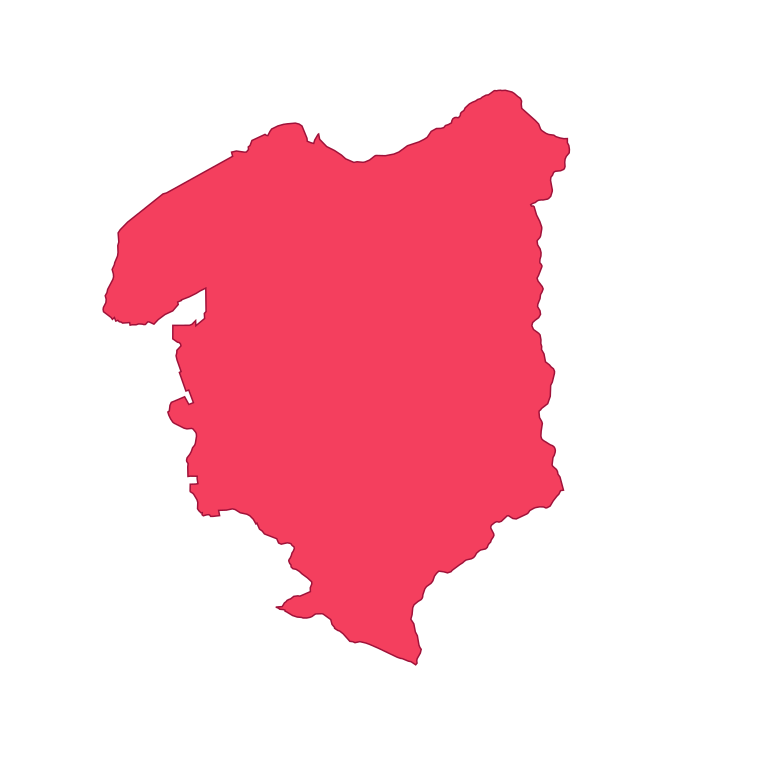 Borod, Bihor, Romania, rotated 73°
{"feature_id": "2599482B12708100552042", "entity_name": "Borod", "entity_type": "district", "adm_level": 2, "iso_a3": "ROU", "parent_name": "Romania", "parent_adm1": "Bihor", "projection": "mercator", "projection_center": [22.631, 47.019], "detail": "fine", "context": "isolated", "style": "filled", "palette": "rose", "viewbox_px": 768, "rotation_deg": 73, "n_neighbors": 0, "source": "geoboundaries", "source_scale": "gbopen_adm2", "svg_char_len": 6158}
<svg xmlns="http://www.w3.org/2000/svg" viewBox="0 0 768 768"><g transform="rotate(73 384 384)"><path d="M218.1,624.8L221.7,624.9L224.9,626.2L228.7,629.9L230.5,630.8L232.9,631.1L240.5,625.6L242.8,624.8L241.6,622.4L245.4,622.1L245.3,619.9L247.1,618.9L248.0,617.2L249.3,616.2L250.9,609.3L253.5,609.6L253.7,607.6L254.9,603.7L254.8,601.0L256.1,597.6L257.0,596.2L257.3,594.7L255.6,591.9L255.9,590.5L259.5,586.5L256.4,581.1L253.5,573.1L252.3,564.6L247.8,557.5L245.3,557.4L244.9,553.3L244.3,553.2L243.7,544.8L242.4,537.1L241.2,532.6L240.2,526.4L262.7,533.0L264.0,535.2L268.9,536.4L273.3,546.9L268.3,545.6L270.8,550.3L271.0,552.8L266.2,568.8L279.1,572.8L283.6,569.3L284.6,567.6L286.1,566.9L288.2,567.0L291.2,572.2L293.7,573.1L296.2,574.6L300.5,574.9L312.8,574.4L313.1,576.3L332.8,575.5L332.7,572.5L346.1,571.7L346.5,576.6L337.9,578.4L339.4,592.8L341.8,594.9L347.0,597.2L347.6,598.9L350.8,598.9L354.9,598.3L358.8,597.1L360.3,596.0L367.8,588.1L369.3,585.6L370.2,581.0L371.0,579.9L374.8,578.3L376.6,578.0L379.2,578.6L385.5,581.7L387.1,582.9L389.0,585.7L392.2,588.0L394.5,590.3L397.0,593.9L399.1,595.1L400.4,595.3L402.8,594.6L405.9,595.9L415.1,598.5L415.5,596.1L417.6,589.6L420.0,590.4L424.9,591.1L424.6,593.5L423.2,598.6L429.6,600.7L430.4,600.7L432.6,598.8L433.9,598.2L440.0,596.7L442.8,596.7L448.8,598.8L451.1,598.1L453.8,596.6L453.9,595.4L455.8,596.2L457.2,595.3L457.3,591.6L457.7,589.9L458.3,589.0L459.9,588.5L460.6,586.2L461.8,579.7L456.5,579.1L458.5,571.6L459.1,565.5L460.5,563.1L465.1,559.1L468.5,553.1L470.8,550.8L475.2,548.5L480.4,547.4L479.9,546.2L486.3,545.5L489.1,543.4L492.4,542.2L500.6,531.8L505.2,531.3L507.1,529.1L507.6,522.9L508.7,520.8L509.5,519.7L511.5,519.1L513.4,517.7L515.2,517.9L517.5,519.8L518.6,521.3L521.1,522.9L523.3,524.9L523.9,525.9L525.0,526.7L526.0,526.8L528.1,526.6L529.7,525.9L531.8,526.3L534.0,525.1L535.5,522.3L538.5,519.7L541.5,518.0L547.0,513.9L552.0,511.0L554.1,511.5L557.3,514.1L561.0,515.1L562.3,526.4L561.4,528.3L560.7,532.4L562.2,536.2L562.2,537.9L562.6,540.0L563.5,541.2L564.2,543.2L567.1,546.4L565.7,552.7L567.6,550.4L568.9,549.6L570.4,546.0L571.4,544.8L572.4,545.0L573.2,544.0L578.7,539.1L581.5,535.1L583.1,531.1L584.1,529.8L585.2,526.1L585.5,523.0L585.3,520.9L584.0,517.2L584.0,516.1L585.6,510.3L586.4,509.3L593.7,503.8L598.7,504.0L602.5,502.4L603.2,502.7L606.2,500.2L607.2,498.7L610.9,496.1L620.1,491.9L621.4,489.0L622.9,487.4L623.3,482.4L626.4,477.1L628.8,473.9L634.8,466.9L649.2,451.2L651.3,448.3L651.9,446.9L656.1,441.8L657.5,439.3L661.8,435.8L660.6,434.0L658.2,433.6L656.4,432.6L651.9,427.9L648.6,426.0L646.4,426.7L643.9,426.9L634.5,425.7L630.2,426.5L622.1,425.6L616.8,427.1L612.8,424.6L606.3,421.9L603.9,419.8L601.9,415.0L601.0,411.5L600.2,410.3L599.0,409.3L597.0,408.5L591.8,404.8L590.1,402.5L588.4,397.4L587.6,396.2L586.5,394.8L582.5,391.9L580.4,389.1L579.0,386.3L581.1,381.7L583.2,378.5L583.1,374.8L582.1,373.3L578.9,364.4L578.0,361.1L576.9,358.8L576.3,356.8L576.7,351.5L576.2,349.1L575.1,347.3L572.8,344.9L571.4,341.7L571.0,340.1L571.4,335.0L570.4,333.0L568.5,331.6L567.3,330.1L566.4,328.3L564.5,327.0L562.2,324.2L560.8,323.1L559.3,322.9L553.1,324.0L551.7,323.6L550.4,322.5L548.8,318.4L548.6,316.3L549.7,314.4L549.6,311.9L546.1,304.8L546.3,303.5L550.3,300.1L551.7,297.0L550.0,285.2L549.5,283.9L547.6,281.5L546.6,276.8L546.5,275.2L547.0,271.0L548.2,267.4L549.9,265.4L550.0,264.2L549.3,260.8L545.2,256.3L541.9,251.6L540.5,249.0L537.6,246.3L538.0,243.4L524.4,242.9L521.1,244.0L518.3,243.7L516.2,244.1L511.9,246.7L510.5,246.9L503.7,243.9L501.9,242.0L499.2,240.2L497.4,239.5L495.6,239.4L494.0,239.7L492.3,240.8L490.7,242.8L484.5,248.2L482.5,249.3L479.7,249.2L475.1,247.5L468.0,244.1L466.1,244.1L461.6,245.1L456.2,244.0L455.1,243.4L454.4,241.6L453.5,240.6L450.7,233.2L444.4,228.6L434.0,225.0L431.4,222.5L423.7,217.9L421.7,217.2L419.0,217.5L416.5,219.2L414.1,220.2L410.0,223.1L402.0,222.2L397.1,223.3L394.2,222.2L391.1,222.2L387.7,221.0L382.7,220.4L380.8,221.2L375.6,225.1L371.5,225.6L368.7,223.9L367.2,220.8L365.8,216.7L363.1,213.9L359.5,213.4L354.9,214.5L352.7,213.6L347.9,209.8L344.3,208.2L342.2,206.0L339.6,204.0L337.1,204.2L330.6,206.6L327.5,206.7L325.5,204.6L318.0,198.7L317.2,198.4L315.4,198.7L314.0,199.4L313.0,199.4L310.2,198.3L307.5,196.5L304.3,195.4L300.5,195.2L295.8,196.4L292.2,195.8L291.6,195.5L289.4,192.0L288.1,190.9L281.8,187.8L280.1,187.3L274.0,187.5L266.9,188.7L258.3,188.6L257.3,189.4L257.1,190.8L256.7,191.1L255.4,191.3L254.8,189.2L254.7,186.4L253.7,183.9L253.5,182.3L254.0,179.5L254.5,178.2L255.0,173.4L254.6,172.1L253.3,169.7L249.0,166.8L247.7,166.3L238.0,165.2L235.1,164.0L233.6,161.8L231.3,160.0L230.9,158.9L230.7,157.9L231.7,152.7L231.3,149.4L230.7,148.5L229.0,147.3L224.7,146.3L221.8,145.0L219.6,143.1L217.1,139.3L213.9,138.1L209.9,137.5L206.9,138.1L202.9,136.9L202.0,140.2L200.2,143.7L197.7,147.3L195.7,148.8L193.5,153.6L191.6,155.9L187.9,158.9L186.3,159.7L180.6,160.1L176.2,162.3L160.7,171.7L156.5,170.9L153.7,169.7L150.6,170.1L148.2,172.0L144.3,174.4L142.2,176.2L138.6,182.1L137.8,185.6L137.2,186.5L136.6,189.1L136.5,190.7L135.8,192.2L135.8,193.1L138.0,199.5L137.6,202.1L138.4,206.2L139.3,208.2L139.3,211.3L140.1,213.6L140.4,217.0L141.1,220.4L143.6,225.6L145.8,227.6L146.6,230.1L147.5,231.6L149.6,232.6L151.0,234.7L150.9,235.6L150.1,237.1L149.9,238.7L150.5,240.6L151.9,242.0L154.0,243.2L154.7,246.5L154.8,249.7L156.3,251.9L156.2,254.8L155.0,259.2L156.2,265.0L160.7,270.5L161.7,273.9L162.7,279.7L163.0,291.9L166.5,301.9L167.0,307.3L166.1,315.9L163.1,324.9L163.2,326.1L165.6,332.3L166.1,337.3L165.9,339.2L163.6,344.8L163.3,348.0L157.4,354.9L152.7,357.7L146.3,363.0L140.2,369.4L131.2,374.0L125.8,373.4L126.0,374.1L130.4,378.9L133.4,380.9L131.8,383.5L129.4,386.4L126.5,385.8L113.3,387.0L110.6,389.2L108.6,392.5L106.9,400.5L106.3,404.3L106.2,410.0L107.3,416.9L109.2,419.3L112.5,422.5L111.8,423.8L110.5,424.8L112.5,439.1L116.8,442.4L117.6,444.5L120.1,445.0L121.9,447.7L121.6,449.4L118.0,457.1L117.7,462.0L122.0,462.2L137.7,536.1L137.6,539.8L154.2,581.8L159.3,591.1L161.8,594.1L170.7,596.1L173.8,598.1L180.5,599.9L183.7,601.4L189.2,606.0L191.1,607.0L195.0,610.5L199.6,610.6L202.5,611.3L204.7,612.7L212.7,620.6L215.6,622.2L218.1,624.8Z" fill="#f43f5e" stroke="#9f1239" stroke-width="1.5"/></g></svg>